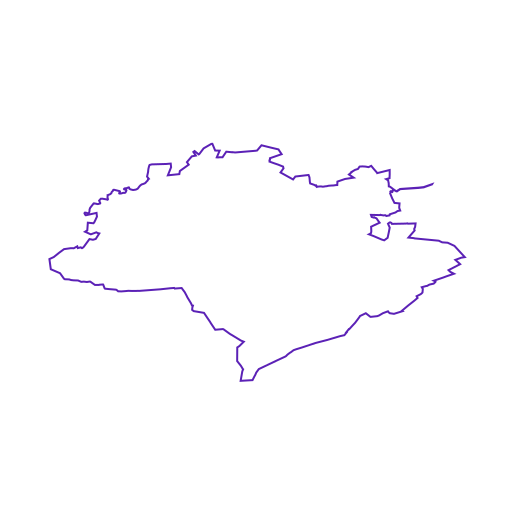 the district of Bārbeles pag., Vecumnieku, Latvia, rotated 166°
{"feature_id": "27541924B85355894177971", "entity_name": "Bārbeles pag.", "entity_type": "district", "adm_level": 2, "iso_a3": "LVA", "parent_name": "Latvia", "parent_adm1": "Vecumnieku", "projection": "natural_earth1", "projection_center": [24.603, 56.465], "detail": "fine", "context": "isolated", "style": "outline", "palette": "violet", "viewbox_px": 512, "rotation_deg": 166, "n_neighbors": 0, "source": "geoboundaries", "source_scale": "gbopen_adm2", "svg_char_len": 5983}
<svg xmlns="http://www.w3.org/2000/svg" viewBox="0 0 512 512"><g transform="rotate(166 256 256)"><path d="M362.7,353.3L363.2,353.4L364.4,353.2L365.1,353.1L366.9,353.4L367.6,353.2L367.8,353.0L367.9,352.9L367.8,352.6L367.7,352.5L366.3,351.7L365.9,351.4L365.8,351.2L365.9,350.9L366.4,350.2L366.9,349.6L367.3,349.2L367.9,349.0L368.5,349.1L369.2,349.3L369.5,349.4L370.1,349.4L371.5,349.3L372.5,349.4L373.5,349.7L373.6,349.9L373.4,350.3L372.5,351.2L372.4,351.5L372.6,351.9L377.7,354.6L378.3,354.7L378.6,354.5L378.8,354.4L379.0,353.9L380.5,353.0L380.9,352.5L381.1,352.0L382.3,351.3L383.6,351.1L385.3,350.9L385.3,350.4L385.9,349.0L385.9,346.9L386.4,346.5L387.6,347.2L391.3,348.8L392.7,349.1L394.8,347.7L394.3,345.0L394.5,344.7L396.4,344.6L397.5,344.8L398.8,345.6L399.1,345.7L399.6,345.7L400.2,346.2L400.8,346.3L405.2,342.9L406.2,341.5L406.4,340.8L406.7,339.9L407.0,339.2L407.3,338.7L407.9,338.2L408.3,338.0L408.6,338.1L409.1,338.3L410.4,339.1L411.5,339.5L411.7,339.4L412.1,339.0L412.0,338.6L411.9,337.8L411.8,337.5L411.4,336.8L411.3,336.7L400.3,336.4L400.8,332.7L403.2,329.7L404.9,327.7L405.2,327.6L405.8,327.1L411.1,329.0L413.5,321.7L416.0,320.9L414.2,319.5L412.1,317.8L411.0,317.0L405.2,317.6L404.1,316.6L402.6,315.8L407.4,311.3L410.3,311.2L413.5,312.7L420.7,306.7L421.7,306.1L422.8,305.7L423.2,305.8L423.9,306.8L427.0,306.8L427.1,308.6L430.9,307.6L433.9,308.4L440.6,309.1L446.2,306.8L452.5,303.9L457.2,303.0L458.3,292.8L450.3,286.7L447.8,280.4L447.1,279.7L443.0,278.5L441.2,277.4L438.8,276.5L434.6,275.3L431.8,273.2L429.3,272.8L426.4,271.7L423.3,271.4L422.8,271.0L419.3,266.9L415.3,265.9L415.0,266.0L414.8,266.0L411.3,265.4L411.2,265.3L410.7,261.3L410.4,260.8L405.9,259.2L400.0,257.2L399.4,256.7L398.3,255.1L395.1,254.2L391.0,253.5L388.3,253.1L384.5,252.0L377.2,250.3L371.9,249.4L356.7,246.8L347.3,245.5L343.1,244.8L342.8,244.1L335.9,242.9L333.9,238.1L332.9,234.1L332.6,232.6L330.5,225.8L330.1,223.5L329.2,223.1L330.0,221.8L330.3,221.2L331.0,219.2L329.8,217.6L320.2,213.4L318.2,207.8L316.5,203.2L316.1,201.8L313.4,194.3L305.8,193.1L305.2,192.7L300.5,187.1L299.3,185.8L299.1,185.7L298.4,185.0L291.1,177.6L288.6,175.8L294.0,172.6L296.3,171.8L299.6,159.0L299.7,158.6L297.2,153.1L296.4,150.5L296.2,149.6L295.9,149.2L297.2,147.4L301.1,138.6L289.4,136.4L286.8,139.4L285.3,141.0L284.0,142.8L281.0,145.3L280.6,145.6L260.9,149.6L252.1,151.3L251.1,151.6L249.3,152.7L246.5,153.9L245.4,154.2L242.4,155.5L241.6,155.6L239.5,155.8L233.8,156.1L219.3,157.2L207.4,157.3L193.7,157.9L189.4,157.8L186.6,159.9L186.9,160.1L183.6,162.6L183.3,162.4L179.1,165.2L176.0,167.2L170.6,171.6L170.4,171.8L169.6,172.6L163.3,173.9L159.8,169.4L159.5,169.2L152.9,168.3L151.1,168.5L146.7,169.8L141.5,170.4L141.3,170.4L140.9,169.2L140.1,168.3L140.0,168.1L136.1,166.5L127.3,167.0L127.8,167.5L120.2,171.2L113.5,174.2L109.4,176.2L109.9,178.1L105.5,179.1L104.2,179.7L103.3,180.3L102.1,183.7L102.7,185.6L98.6,185.7L97.0,185.6L95.5,186.1L94.3,186.3L90.3,186.2L88.5,187.2L88.0,187.6L88.0,187.9L89.4,189.0L79.7,189.8L76.2,190.2L68.2,190.9L71.3,193.6L72.6,195.7L59.9,198.7L63.5,204.0L57.3,204.7L53.7,204.4L61.0,217.8L66.8,222.5L72.0,224.2L73.4,225.3L74.9,226.6L98.1,234.8L98.4,235.1L103.6,237.0L95.9,242.4L96.0,243.9L94.6,245.7L93.3,249.0L100.8,250.6L101.1,251.0L102.8,251.2L116.4,254.3L116.6,255.3L117.5,256.1L118.3,256.2L120.1,255.4L119.4,251.2L121.2,247.3L123.9,241.8L127.8,240.2L130.1,241.6L137.1,246.9L141.1,249.7L140.1,249.9L138.8,250.5L138.1,252.2L137.2,256.6L128.0,258.4L128.9,260.5L129.9,263.2L130.0,263.3L130.4,263.7L131.4,264.4L131.7,264.7L132.0,265.0L132.5,264.8L134.3,265.9L134.5,268.1L125.8,265.7L124.7,266.1L125.1,265.7L122.4,264.5L121.3,264.4L120.5,264.2L119.9,263.3L116.6,263.1L116.1,264.1L110.1,264.5L107.8,265.4L105.1,265.2L105.4,267.9L105.2,268.8L104.0,272.3L108.8,274.0L109.9,278.9L110.7,284.3L110.4,284.6L110.1,285.3L109.9,285.4L109.7,285.6L109.9,286.1L109.7,286.2L109.5,286.3L109.3,286.2L108.9,285.5L108.7,285.3L108.3,285.1L107.8,285.6L107.7,286.4L107.5,286.6L107.1,286.8L106.7,286.9L106.3,286.8L104.2,284.8L103.6,284.6L103.0,284.7L102.8,285.0L102.3,285.3L101.1,285.5L100.8,285.6L100.4,285.9L99.5,285.9L81.8,282.7L76.6,282.0L75.9,282.1L68.0,282.9L67.9,282.9L67.7,283.1L76.6,282.3L81.8,283.0L99.5,286.1L100.5,286.1L100.9,285.7L102.4,285.4L102.6,285.3L103.0,285.1L103.1,284.8L103.3,284.7L103.6,284.7L104.0,284.8L106.0,286.8L106.1,287.0L106.7,287.0L106.9,288.0L109.2,290.8L110.3,291.4L109.6,294.7L109.6,295.8L109.5,297.4L111.1,299.1L107.6,299.2L106.5,303.0L105.5,307.1L118.3,307.1L118.3,307.3L120.8,312.2L122.4,315.6L125.3,315.0L127.3,315.9L128.5,316.4L131.1,317.2L133.8,317.7L134.0,317.6L135.8,316.0L136.0,315.8L139.1,315.6L142.4,314.6L142.8,314.5L142.7,314.3L146.1,312.6L142.3,308.4L151.0,309.2L159.0,308.5L160.0,305.2L161.5,305.5L163.7,305.7L166.7,306.3L168.6,306.6L170.0,306.6L171.1,306.7L172.3,306.9L173.1,306.9L174.5,307.1L176.1,307.8L178.1,308.2L179.6,308.4L180.3,308.3L180.6,308.9L180.5,309.9L179.9,310.4L181.3,309.9L182.4,311.0L185.9,313.3L185.8,315.0L185.5,316.8L185.1,319.4L185.4,321.9L198.6,323.6L201.5,321.3L212.0,331.1L208.1,334.4L208.1,336.2L212.4,339.3L216.3,341.8L220.0,344.3L219.8,344.6L219.7,345.0L219.8,345.5L219.2,346.0L219.3,346.3L219.0,346.7L218.9,347.0L218.8,347.5L206.5,348.6L207.8,352.2L208.4,354.0L215.2,357.5L223.9,362.1L229.4,358.1L230.9,358.2L251.2,361.5L253.9,362.5L254.0,362.4L259.6,364.4L264.6,359.9L268.8,360.9L269.0,360.8L270.2,361.2L265.8,367.0L270.1,368.2L271.2,375.4L272.2,375.6L280.8,373.1L286.4,368.6L287.0,368.4L290.2,372.7L291.6,372.1L290.1,368.0L294.2,368.2L300.3,363.8L299.2,360.9L309.3,356.9L310.6,354.0L322.0,355.6L316.9,362.7L316.4,366.3L320.8,367.0L334.9,370.1L337.2,370.1L338.0,369.1L339.3,366.6L340.2,364.3L340.2,364.0L342.5,359.4L341.3,356.8L342.3,356.5L342.7,355.6L343.2,355.2L343.9,354.9L345.4,353.8L346.4,353.4L347.9,353.2L349.7,353.1L351.3,352.4L352.3,351.7L353.2,351.0L354.4,350.0L355.4,349.7L356.6,349.5L358.8,349.7L359.4,349.8L360.9,350.6L361.6,351.0L362.5,351.8L362.6,352.2L362.6,353.2L362.7,353.3Z" fill="none" stroke="#5b21b6" stroke-width="2"/></g></svg>